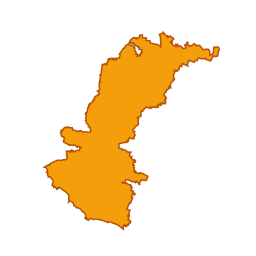 San Andrés Tuxtla, Veracruz, Mexico, rotated 191°
{"feature_id": "50627088B42762923799593", "entity_name": "San Andrés Tuxtla", "entity_type": "district", "adm_level": 2, "iso_a3": "MEX", "parent_name": "Mexico", "parent_adm1": "Veracruz", "projection": "albers", "projection_center": [-95.222, 18.463], "detail": "fine", "context": "isolated", "style": "filled", "palette": "amber", "viewbox_px": 256, "rotation_deg": 191, "n_neighbors": 0, "source": "geoboundaries", "source_scale": "gbopen_adm2", "svg_char_len": 5901}
<svg xmlns="http://www.w3.org/2000/svg" viewBox="0 0 256 256"><g transform="rotate(191 128 128)"><path d="M99.2,84.3L105.2,86.2L107.7,86.4L108.6,85.2L109.5,85.7L110.2,85.3L112.2,85.6L112.0,87.0L112.6,87.2L112.6,86.0L113.9,86.2L114.2,90.1L114.9,90.1L114.9,91.8L116.2,92.4L116.0,93.2L115.4,93.2L116.4,94.3L115.8,95.4L114.6,95.6L115.8,97.0L114.5,96.8L114.4,97.4L115.7,98.0L115.7,97.3L117.2,97.7L119.3,99.4L118.8,100.7L120.4,100.1L121.5,101.3L121.0,102.6L121.5,103.6L120.6,104.8L124.1,104.3L125.5,105.5L128.3,105.9L129.7,105.4L130.2,106.4L133.1,106.4L133.8,110.9L127.2,113.7L126.8,114.5L126.2,114.4L126.5,113.8L125.8,114.1L126.3,115.3L125.6,116.1L125.1,115.7L124.8,118.8L121.7,118.1L120.1,118.8L120.5,119.2L119.7,122.6L121.1,123.9L120.6,125.8L122.9,126.3L122.9,127.6L121.6,129.0L121.5,130.2L118.4,133.5L119.9,138.5L119.3,139.1L120.8,140.2L117.9,141.6L117.5,143.3L118.3,144.4L118.1,147.3L117.0,147.1L115.8,149.0L115.9,150.3L114.8,150.8L114.0,152.4L110.8,151.4L110.0,152.0L110.1,152.9L108.9,151.9L108.0,153.4L106.5,153.2L106.1,154.0L104.3,153.3L103.6,154.9L102.3,154.1L102.1,154.9L103.2,156.3L101.3,157.6L100.7,157.4L100.7,156.5L99.9,156.7L100.5,158.0L100.1,158.7L98.5,158.2L98.5,159.5L95.9,159.0L96.0,160.7L97.2,162.6L96.5,162.5L96.4,164.1L95.6,164.8L96.8,164.5L97.1,166.2L98.2,166.2L98.8,167.1L98.8,168.7L98.4,170.1L97.5,170.6L97.5,173.0L96.7,172.9L95.3,174.6L96.1,175.2L95.7,176.4L95.0,175.6L93.9,175.7L94.6,176.3L94.2,177.4L94.8,178.3L93.7,181.9L92.3,183.3L92.8,184.3L91.7,184.5L93.5,188.1L92.6,192.4L93.5,192.6L93.3,193.6L90.5,193.0L90.1,195.1L89.2,194.9L88.8,199.0L87.0,198.6L87.2,201.6L81.2,200.4L82.0,201.4L81.1,206.0L75.6,205.1L75.0,207.2L73.1,207.2L72.3,210.2L67.9,210.1L67.0,210.7L65.5,210.5L65.1,211.1L64.7,210.2L59.6,209.6L58.1,215.1L55.6,214.7L53.7,216.0L53.9,220.4L53.3,222.4L54.3,224.4L55.8,224.6L59.2,223.5L58.6,218.2L59.6,216.3L61.4,215.1L62.5,219.0L64.3,220.7L69.3,219.3L73.6,222.8L74.2,222.1L76.6,222.5L77.0,221.7L79.1,223.5L80.7,221.4L82.8,220.1L83.6,220.9L85.9,220.6L86.2,221.5L85.3,223.4L86.2,223.4L86.7,222.7L86.3,221.5L88.1,220.4L86.4,217.8L88.7,216.5L92.6,218.7L94.1,217.5L95.1,218.1L94.8,218.8L95.4,219.5L95.9,218.8L96.8,219.3L96.6,217.3L97.4,218.1L98.0,217.3L101.3,219.0L101.4,219.7L100.9,219.7L101.2,221.1L101.5,220.2L102.9,220.5L100.0,224.1L100.9,225.0L102.6,225.2L103.8,226.4L106.3,224.5L106.9,225.0L106.1,226.5L107.5,225.5L111.1,228.2L110.8,227.5L112.5,227.6L115.0,225.8L113.6,223.7L111.4,214.7L110.5,213.6L113.9,215.4L122.3,215.7L122.9,217.6L126.9,217.4L127.1,219.8L131.1,219.5L131.6,222.0L134.3,221.3L134.4,218.4L137.1,218.0L136.8,217.1L139.1,218.0L140.3,217.4L142.4,214.7L143.2,211.7L141.3,211.8L141.2,212.5L138.9,212.4L139.2,211.5L137.5,211.7L136.1,210.7L136.3,210.3L133.4,209.9L133.4,208.8L132.2,208.8L132.1,207.4L129.1,207.3L129.2,205.5L128.6,205.0L129.1,204.0L129.8,204.0L129.8,202.0L130.6,202.1L130.5,201.1L132.0,201.1L132.0,200.2L132.7,200.1L132.7,202.0L132.1,202.4L134.6,202.1L134.2,202.9L135.2,205.1L136.0,205.1L136.7,207.7L138.2,207.9L136.8,208.1L137.5,209.3L144.2,210.2L146.5,207.8L146.5,206.1L147.8,205.2L150.6,198.6L149.5,198.2L149.9,195.1L152.5,194.3L152.5,192.6L153.8,192.5L153.9,193.6L155.3,193.7L155.6,192.0L156.3,192.0L156.2,192.9L157.1,193.5L158.6,192.2L159.5,192.8L160.7,191.3L159.8,190.8L161.5,187.4L160.8,186.7L161.7,185.9L161.9,186.5L163.5,186.5L163.8,185.5L165.4,185.5L164.7,176.2L165.6,174.3L164.8,174.1L164.8,168.7L163.9,167.7L164.7,167.4L164.6,164.7L163.3,160.8L163.4,159.5L165.0,158.5L163.2,157.5L163.4,155.7L162.8,155.3L166.2,152.7L166.7,151.7L166.2,150.0L167.0,148.7L167.5,149.1L167.8,146.9L169.5,145.2L170.0,143.6L170.6,144.0L171.0,142.4L170.4,141.5L171.3,140.2L171.2,135.6L172.5,134.7L172.4,133.5L171.5,133.5L171.9,132.9L171.1,131.8L171.4,129.6L170.6,127.6L171.1,127.1L170.1,126.4L169.8,124.9L167.3,123.3L167.2,121.7L165.3,121.5L165.4,120.8L163.8,118.3L164.4,116.6L172.4,115.6L173.6,116.5L175.3,115.9L175.9,115.0L181.9,115.8L182.9,117.7L184.9,117.0L186.9,117.6L186.8,117.0L187.8,116.6L189.3,117.0L191.4,115.0L191.6,114.3L191.4,113.2L191.6,112.8L193.2,113.1L193.3,110.4L192.7,110.5L191.8,108.7L192.2,107.9L191.1,106.9L189.3,107.0L188.4,105.3L188.7,103.3L189.5,103.1L188.6,103.0L188.6,102.0L182.0,99.8L181.9,100.6L178.9,100.2L178.9,99.7L178.1,101.3L177.2,101.4L174.8,99.5L173.8,99.5L173.5,100.6L170.5,100.1L170.2,99.5L171.4,99.3L171.5,96.8L174.8,95.9L175.6,94.5L177.3,94.3L177.4,95.4L178.2,95.5L179.0,94.7L178.8,95.5L179.5,95.5L179.8,94.9L179.1,94.8L179.7,93.2L180.9,93.4L180.9,94.2L184.0,93.6L183.1,90.9L183.4,89.7L182.3,89.0L182.6,88.1L181.7,87.1L183.3,84.9L186.0,84.4L186.1,83.7L191.2,82.9L197.1,78.6L198.2,77.2L197.9,76.4L199.2,76.5L202.7,73.7L201.0,73.7L198.8,71.0L198.7,70.2L199.6,69.0L198.3,68.6L198.1,66.6L196.8,65.4L196.9,64.7L195.2,65.2L191.6,62.3L190.9,61.0L191.6,58.9L191.5,57.0L189.6,56.8L189.5,55.8L188.8,56.5L188.5,55.8L187.6,55.9L186.3,54.4L185.8,55.5L185.1,55.0L184.4,56.8L175.6,52.7L173.5,50.8L172.5,48.6L173.0,47.7L172.1,46.0L172.2,44.0L171.2,45.2L168.8,44.8L167.0,43.3L166.3,41.4L164.6,41.1L163.3,39.8L162.5,40.3L158.9,39.2L156.5,37.0L155.2,36.8L152.4,33.8L152.3,32.9L153.1,32.0L152.7,31.0L151.8,30.6L151.3,31.4L150.6,30.2L149.2,29.9L148.4,30.6L148.4,31.8L147.2,32.2L144.3,31.4L142.5,32.6L135.6,32.5L129.4,31.4L128.9,32.3L127.3,32.3L119.3,30.9L113.2,27.8L114.2,31.0L112.5,32.5L111.7,32.1L112.0,31.0L110.5,31.1L110.1,33.0L109.1,32.8L108.8,35.2L107.8,35.1L107.5,37.1L110.3,37.6L109.8,39.3L110.7,40.5L110.2,41.3L111.3,41.4L111.1,42.3L110.0,42.2L110.9,45.5L110.3,47.6L113.6,48.1L112.3,55.0L111.2,54.8L110.2,59.7L110.1,60.7L111.6,60.9L111.1,63.8L108.8,63.5L108.6,65.0L110.8,65.4L110.7,67.0L113.1,67.3L112.7,70.4L113.8,70.6L113.6,71.6L114.5,71.8L114.3,72.5L117.8,72.9L118.2,73.6L123.3,73.0L123.3,73.7L120.5,73.7L120.5,76.8L119.9,76.9L116.0,76.9L113.8,76.0L110.3,76.9L110.7,75.2L109.0,77.4L106.2,74.6L105.8,75.0L106.5,76.2L105.7,77.1L105.3,79.4L100.1,80.0L99.2,84.3Z" fill="#f59e0b" stroke="#b45309" stroke-width="1.5"/></g></svg>